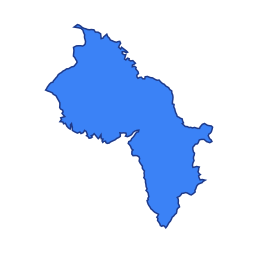 the district of Bofete, São Paulo, Brazil, rotated 290°
{"feature_id": "56859067B50203748010191", "entity_name": "Bofete", "entity_type": "district", "adm_level": 2, "iso_a3": "BRA", "parent_name": "Brazil", "parent_adm1": "São Paulo", "projection": "natural_earth1", "projection_center": [-48.291, -23.129], "detail": "fine", "context": "isolated", "style": "filled", "palette": "blue", "viewbox_px": 256, "rotation_deg": 290, "n_neighbors": 0, "source": "geoboundaries", "source_scale": "gbopen_adm2", "svg_char_len": 4755}
<svg xmlns="http://www.w3.org/2000/svg" viewBox="0 0 256 256"><g transform="rotate(290 128 128)"><path d="M105.4,218.4L105.0,215.4L103.9,213.5L105.8,211.6L107.2,210.7L109.0,211.9L109.4,210.4L110.9,208.7L112.6,208.7L114.2,208.2L115.7,208.3L115.3,205.6L114.0,203.9L113.2,202.5L114.8,201.4L116.7,201.0L118.1,201.0L119.9,201.2L121.6,200.0L123.4,199.4L125.1,199.5L127.1,199.1L127.8,197.8L129.9,196.3L132.0,195.5L134.2,196.3L135.8,196.8L136.8,198.6L138.1,199.0L141.2,199.1L142.4,200.9L143.3,203.4L142.1,206.5L142.2,209.9L144.0,211.5L145.2,210.3L145.9,208.3L148.2,206.0L150.1,206.1L151.1,207.0L152.9,207.6L155.2,207.5L157.7,207.2L158.4,205.7L157.7,201.9L158.4,198.3L156.9,196.6L155.0,195.9L153.7,195.4L152.1,195.4L151.4,193.4L151.3,190.3L150.1,188.6L150.1,186.7L149.3,185.2L149.6,183.3L149.0,181.2L149.9,179.2L150.7,177.5L151.8,178.4L153.3,176.9L155.1,175.8L155.1,173.9L155.5,172.4L155.7,170.3L157.4,169.0L158.8,167.5L160.7,166.1L161.9,165.4L163.4,163.8L165.9,163.2L165.9,161.4L168.3,160.7L170.3,160.3L172.4,159.7L174.3,158.7L175.9,157.2L177.8,156.4L178.4,154.1L179.8,152.4L180.1,150.8L180.3,149.3L181.5,147.1L181.6,145.2L182.6,142.7L183.7,140.9L182.8,138.9L183.0,136.4L183.5,134.0L183.0,131.5L183.1,128.6L182.0,126.6L179.9,126.9L179.3,125.0L180.3,123.1L179.5,121.6L178.1,120.4L179.1,118.9L180.6,118.2L182.8,119.2L184.4,118.1L185.4,116.3L186.2,115.0L187.7,114.9L188.2,112.9L187.0,111.1L188.7,110.6L190.1,112.0L191.4,112.8L192.2,111.1L193.0,109.5L191.9,107.4L192.3,105.6L193.5,105.4L193.5,103.7L191.2,102.7L191.6,101.1L194.2,100.9L196.1,100.8L195.5,99.3L196.0,97.1L197.7,96.5L198.5,98.6L198.1,100.7L199.1,101.7L199.9,100.0L200.5,98.1L201.2,95.8L201.7,94.3L199.7,94.1L200.7,91.5L203.2,91.7L205.1,92.1L206.6,90.6L205.9,89.3L204.6,87.7L204.4,85.4L204.6,83.5L204.6,81.4L206.1,79.6L207.0,77.6L208.9,76.0L206.7,74.8L205.3,74.0L203.9,73.8L202.8,72.2L205.3,71.0L207.2,70.0L207.8,67.2L207.0,64.5L208.6,62.4L208.0,59.9L207.1,58.1L206.7,56.1L206.8,54.5L206.6,52.4L206.9,50.4L207.6,48.6L208.0,46.9L207.9,45.1L206.5,44.2L204.4,42.8L204.8,44.8L205.3,47.4L205.5,49.8L204.5,52.2L202.8,53.4L200.7,55.4L199.1,55.8L197.9,56.3L196.3,57.5L194.8,58.5L192.4,59.0L190.9,58.5L189.5,57.4L189.1,55.3L188.4,53.4L187.5,51.4L185.1,49.2L182.6,50.6L180.8,51.1L178.7,51.6L176.9,52.1L176.0,53.9L174.4,55.6L173.5,56.9L172.2,57.7L170.8,57.3L169.0,56.7L167.3,56.0L166.1,54.1L164.7,52.9L163.5,52.0L162.5,50.0L160.8,48.9L159.2,47.4L157.3,46.4L155.9,45.2L154.3,44.2L151.9,43.8L150.4,43.1L148.3,42.4L146.8,41.8L145.3,41.7L144.4,40.3L142.3,39.2L140.4,38.7L138.7,38.2L137.2,38.1L135.5,37.6L135.3,40.1L135.4,42.3L135.1,45.1L134.2,46.1L133.7,49.3L132.1,51.1L130.7,52.7L129.5,54.1L128.4,55.3L126.4,56.1L123.9,56.8L122.8,58.1L122.4,60.5L120.9,61.5L119.3,60.9L118.0,63.0L117.1,64.7L115.9,63.1L114.6,61.3L113.3,62.6L110.7,61.9L111.1,63.4L111.3,64.9L109.9,66.0L111.0,67.5L110.0,68.7L108.8,69.9L107.7,72.0L107.2,74.0L109.2,73.9L111.2,72.8L112.8,73.4L110.9,74.5L109.8,75.4L108.2,75.9L106.7,76.6L106.2,79.1L105.9,82.2L107.8,84.2L106.7,85.7L108.2,87.4L109.6,87.9L110.9,88.0L110.5,89.8L108.0,92.1L106.6,91.6L106.4,93.2L105.1,94.9L105.9,96.5L107.3,97.5L108.2,96.1L109.4,97.5L111.1,98.1L110.0,100.0L108.9,101.8L107.8,103.7L109.5,104.5L111.1,104.6L112.4,104.9L108.7,106.5L109.0,108.3L107.0,108.0L105.9,109.2L107.2,109.9L107.9,111.4L106.7,112.2L106.4,113.7L107.5,115.5L108.8,116.2L111.3,118.7L112.7,120.1L114.4,121.0L115.8,122.5L117.5,123.6L119.4,123.0L120.7,122.1L121.0,123.6L121.9,125.3L122.5,127.8L121.0,128.7L119.5,128.4L119.7,130.5L121.0,132.0L122.7,133.4L124.2,134.0L125.7,134.3L127.4,135.5L128.7,137.0L129.7,138.9L128.0,139.1L127.0,137.7L125.5,137.1L124.1,136.8L122.3,136.4L120.7,135.8L119.3,135.1L117.0,134.9L115.5,133.4L113.5,133.5L112.9,134.9L111.8,136.5L109.6,138.5L109.1,140.2L107.7,139.6L104.8,140.5L103.7,142.2L104.7,144.5L105.1,146.1L104.6,148.3L103.2,149.4L100.8,149.7L99.0,151.7L97.1,154.5L95.0,155.3L94.0,156.7L93.3,158.1L91.0,158.5L89.7,159.3L88.0,159.9L86.8,159.8L85.3,162.1L82.9,163.0L81.2,164.1L79.1,165.1L77.3,166.8L75.5,166.3L74.8,167.8L73.7,169.2L72.1,170.1L70.5,171.1L68.8,170.7L67.6,171.6L66.4,170.7L64.9,171.7L63.2,173.1L62.0,174.6L61.0,176.0L59.9,177.1L59.3,179.0L58.5,180.5L57.9,182.3L57.6,184.7L57.4,186.2L55.8,186.1L54.0,185.6L53.3,187.0L51.2,187.4L49.9,189.4L48.5,191.0L47.4,191.8L47.2,193.4L48.3,194.2L48.2,195.9L47.1,197.6L49.2,198.3L53.1,198.9L55.0,199.7L57.4,200.0L59.2,200.0L60.9,201.0L62.7,201.6L64.5,202.6L66.2,202.4L67.6,202.0L69.3,202.1L71.5,203.4L72.9,202.4L74.2,201.0L76.7,200.3L78.4,199.5L79.6,198.0L81.6,199.9L83.6,200.7L84.9,200.9L85.8,202.6L87.0,204.2L87.2,206.0L86.7,208.6L86.7,210.3L88.7,211.8L90.9,213.0L92.2,212.2L94.0,212.5L95.8,212.4L97.5,212.5L99.3,213.3L100.7,214.8L102.0,216.3L103.5,216.8L105.4,218.4Z" fill="#3b82f6" stroke="#1e3a8a" stroke-width="1.5"/></g></svg>